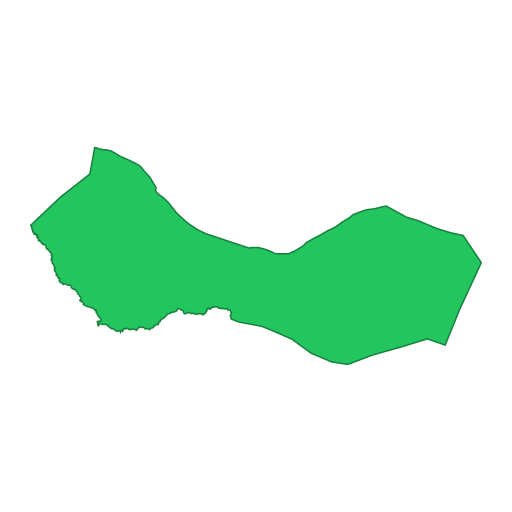 Chuluunxoroot, Dornod, Mongolia (orthographic projection)
{"feature_id": "93677404B3333909760593", "entity_name": "Chuluunxoroot", "entity_type": "district", "adm_level": 2, "iso_a3": "MNG", "parent_name": "Mongolia", "parent_adm1": "Dornod", "projection": "orthographic", "projection_center": [114.964, 49.878], "detail": "fine", "context": "isolated", "style": "filled", "palette": "green", "viewbox_px": 512, "rotation_deg": 0, "n_neighbors": 0, "source": "geoboundaries", "source_scale": "gbopen_adm2", "svg_char_len": 5831}
<svg xmlns="http://www.w3.org/2000/svg" viewBox="0 0 512 512"><path d="M445.2,345.1L459.8,309.1L481.3,262.7L463.2,235.5L450.9,232.8L440.3,229.6L435.3,227.9L418.2,220.7L406.6,217.2L388.7,207.4L386.1,206.1L382.3,206.8L374.9,208.7L367.8,209.6L364.4,210.4L353.0,214.6L349.9,217.4L343.1,221.6L335.0,227.2L329.7,229.9L329.0,230.0L320.1,235.1L312.5,239.1L306.2,242.7L303.2,245.9L293.2,251.9L292.6,251.7L289.1,253.7L275.5,253.8L271.5,251.8L266.2,249.6L258.3,247.5L250.5,247.6L249.1,248.1L206.2,233.8L197.7,229.8L189.3,224.2L185.6,221.3L177.0,213.4L168.0,202.2L163.6,197.9L157.9,193.8L155.4,190.6L156.1,187.7L149.7,177.0L145.3,172.3L140.3,166.2L136.3,163.8L129.0,160.2L120.4,156.4L112.2,151.5L110.0,150.6L106.0,149.8L104.7,149.9L98.6,148.8L96.8,147.9L94.7,147.6L89.9,174.0L60.5,197.0L30.7,225.3L30.8,225.6L31.6,226.2L31.5,227.1L31.9,227.7L32.0,228.4L31.9,228.9L32.2,229.2L32.3,230.0L32.8,230.3L32.7,231.3L33.2,231.7L33.1,232.1L33.5,232.5L33.7,233.1L34.0,233.5L34.1,233.9L34.7,233.4L34.8,233.7L34.6,234.2L35.6,234.4L35.8,234.9L36.3,234.8L36.5,234.4L37.1,234.6L37.2,234.8L37.1,235.2L37.4,235.5L37.5,236.3L37.7,236.5L37.0,236.5L36.9,236.9L37.3,236.9L37.4,237.1L37.2,237.5L37.9,238.3L38.4,238.6L38.5,239.3L39.1,240.0L38.9,240.5L38.7,240.6L39.6,241.1L40.3,241.1L40.9,241.6L41.3,242.1L41.3,242.7L41.8,242.5L42.1,242.6L42.1,243.2L42.6,243.5L42.5,244.1L42.7,244.3L45.4,245.1L46.0,246.0L46.1,246.5L46.0,247.1L46.3,247.5L46.2,247.9L46.6,248.7L46.9,248.9L47.5,248.9L47.7,249.6L48.4,249.8L50.0,252.0L50.5,252.4L50.9,253.2L51.8,254.7L51.4,255.7L51.7,256.1L51.8,256.7L52.1,256.9L52.2,257.0L51.9,257.4L51.9,257.8L51.4,258.3L51.7,258.6L51.5,259.1L51.9,259.4L51.9,259.7L51.6,260.0L51.3,260.1L51.3,260.3L51.7,260.4L52.3,261.6L52.3,261.9L52.1,262.4L52.3,262.8L52.5,263.5L53.9,264.8L54.0,265.4L54.0,265.8L54.3,266.4L54.9,266.8L54.9,267.0L54.7,267.6L55.1,267.9L55.0,268.2L54.5,268.6L54.2,269.1L54.4,269.5L54.5,270.0L54.9,270.9L54.9,271.4L55.6,271.5L55.9,272.5L56.5,273.4L56.3,273.9L56.9,274.4L56.7,274.8L56.2,275.0L56.3,275.4L57.9,276.4L57.9,277.1L58.2,277.3L58.5,277.7L58.9,277.7L58.9,278.1L58.6,278.5L59.6,279.1L59.5,280.0L59.2,280.7L59.2,280.9L59.7,281.7L60.5,282.2L60.5,282.6L61.3,282.5L61.8,282.9L62.1,283.0L62.7,283.6L62.7,284.1L63.0,284.4L63.3,284.5L63.7,283.6L64.7,284.0L65.9,284.0L67.7,285.1L68.9,285.3L69.6,285.0L71.0,285.6L71.3,285.9L71.3,287.7L73.2,288.9L73.4,289.4L73.9,289.5L74.5,289.3L75.4,289.6L75.8,290.0L76.1,290.8L76.6,291.5L77.2,292.0L77.5,292.9L78.0,293.5L78.2,294.2L79.0,294.7L79.5,295.4L79.7,296.4L80.6,296.7L81.1,297.5L81.1,297.9L81.0,298.5L80.5,299.1L80.3,300.0L79.9,300.5L80.8,300.7L80.9,300.9L80.9,301.4L81.4,301.4L81.9,301.6L83.7,303.3L83.9,303.6L83.9,303.9L83.4,304.0L83.3,304.3L83.4,304.5L85.2,305.4L87.1,306.6L90.3,307.1L90.7,307.3L91.4,307.9L93.0,308.2L94.0,309.0L94.6,309.4L94.7,310.0L95.5,310.2L95.5,310.7L95.6,310.8L95.7,310.2L95.9,310.0L96.4,310.2L96.5,310.5L96.4,311.1L96.1,312.3L96.2,312.6L97.1,313.5L97.4,314.1L97.4,314.7L97.7,315.3L98.5,316.0L98.8,316.7L99.6,317.8L100.1,318.1L100.7,318.9L101.0,319.4L101.2,320.3L101.0,320.7L100.6,321.0L99.8,321.0L99.0,321.4L98.2,321.2L97.5,321.5L97.3,321.8L97.3,322.4L98.0,323.9L97.8,324.5L98.8,326.4L98.7,325.4L98.8,324.7L99.3,323.9L101.2,323.9L101.8,324.0L102.6,324.6L104.3,324.2L105.2,324.3L106.5,324.8L107.9,325.6L108.3,326.3L108.6,326.6L109.9,327.5L110.1,327.8L111.4,328.5L112.1,328.8L112.6,328.5L114.0,329.1L114.4,329.4L114.5,329.9L114.8,330.1L115.8,330.6L116.6,331.3L117.6,331.3L118.4,330.8L118.7,330.8L119.7,330.9L120.3,331.8L120.3,331.5L120.1,330.9L120.2,330.5L120.9,330.6L121.2,330.9L122.0,330.9L122.3,331.4L122.6,331.5L122.8,331.2L122.5,330.6L122.9,330.0L123.0,329.8L122.8,329.5L123.0,329.2L123.8,329.3L124.5,328.7L125.2,328.6L125.4,328.4L126.6,329.0L127.0,328.4L127.4,328.2L128.0,328.3L128.6,328.9L129.0,329.0L129.1,329.6L131.0,329.6L132.6,328.8L132.9,328.8L134.0,329.5L135.1,329.4L135.6,329.6L136.1,330.2L136.4,330.3L137.2,329.7L138.0,328.4L138.7,327.8L138.8,327.3L139.1,327.0L139.8,327.2L140.4,326.9L141.6,327.2L143.6,327.5L144.0,327.7L145.4,329.1L146.6,328.5L148.2,328.9L149.0,329.4L149.7,329.6L150.3,328.6L150.8,328.3L152.1,327.8L152.7,327.9L153.6,327.1L154.3,325.9L155.1,325.6L156.3,324.5L157.4,324.6L158.2,324.4L158.7,323.7L158.4,322.4L158.4,322.2L160.1,321.6L160.4,320.8L161.1,319.7L161.9,319.1L164.1,317.8L165.2,316.5L166.5,315.6L166.9,314.6L167.5,313.9L167.8,313.7L170.0,313.5L171.3,312.5L171.9,312.4L172.5,312.0L174.1,312.1L176.0,311.0L176.7,310.9L176.9,310.8L177.1,310.3L177.1,309.7L177.2,309.4L178.0,308.6L178.7,308.6L180.1,309.0L181.3,310.1L183.1,310.6L183.5,311.0L183.6,311.3L183.5,312.0L183.9,313.2L184.6,313.8L185.9,313.7L187.4,312.6L188.4,312.6L188.9,312.7L189.4,313.0L190.3,313.0L191.6,313.7L192.4,313.3L192.9,313.4L194.6,313.7L196.1,314.4L197.3,313.9L198.2,314.0L199.5,313.6L200.8,313.8L201.6,313.6L201.8,313.7L202.1,314.3L203.1,314.8L203.4,314.8L203.5,313.9L203.8,313.8L204.2,313.6L204.9,313.6L205.3,313.3L206.4,311.4L206.8,311.1L206.4,310.6L206.3,310.2L206.4,309.9L206.7,309.7L207.5,309.4L207.6,308.7L208.0,308.7L208.5,308.1L209.0,308.0L209.3,308.3L209.4,308.8L210.2,309.2L210.6,309.2L210.8,308.6L211.2,307.7L211.9,307.3L212.6,307.2L213.0,307.5L213.4,307.3L213.4,306.8L214.4,306.8L214.9,306.7L215.7,306.9L215.9,306.6L216.0,306.6L216.6,307.0L217.3,307.0L217.7,307.1L218.6,308.2L218.9,308.2L219.3,308.0L219.9,308.1L220.2,308.3L220.6,308.1L221.9,308.8L222.2,308.5L223.2,308.5L224.3,308.9L224.9,308.6L225.5,309.0L226.8,308.7L227.5,308.7L227.9,309.0L227.9,309.4L227.7,309.6L227.7,309.9L229.2,310.0L230.4,310.5L230.5,311.4L230.8,311.8L230.8,312.4L231.4,313.4L231.3,314.3L230.9,314.8L230.4,315.1L230.2,315.4L230.4,315.9L230.4,316.2L230.9,317.1L231.1,318.7L231.4,319.1L238.7,322.0L261.7,326.3L272.3,330.6L292.1,339.3L311.1,353.2L331.8,362.0L348.0,364.4L372.2,355.1L401.7,346.8L427.3,338.9L445.2,345.1Z" fill="#22c55e" stroke="#15803d" stroke-width="1.5"/></svg>